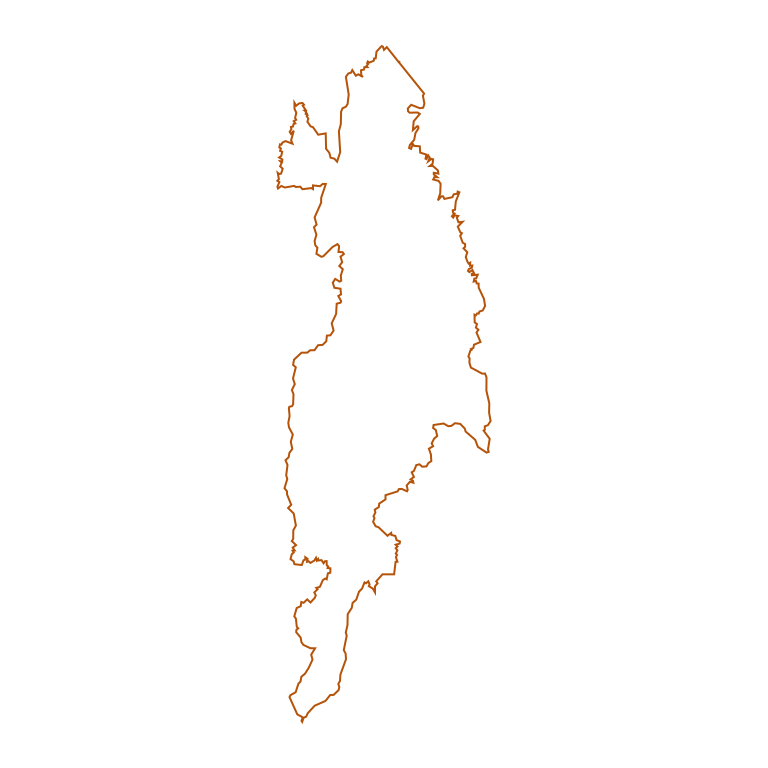 Cúcuta, Norte de Santander, Colombia
{"feature_id": "7082276B39779647098113", "entity_name": "Cúcuta", "entity_type": "district", "adm_level": 2, "iso_a3": "COL", "parent_name": "Colombia", "parent_adm1": "Norte de Santander", "projection": "natural_earth1", "projection_center": [-72.512, 8.076], "detail": "fine", "context": "isolated", "style": "outline", "palette": "amber", "viewbox_px": 768, "rotation_deg": 0, "n_neighbors": 0, "source": "geoboundaries", "source_scale": "gbopen_adm2", "svg_char_len": 6095}
<svg xmlns="http://www.w3.org/2000/svg" viewBox="0 0 768 768"><path d="M424.1,93.6L399.2,62.6L399.4,61.0L398.7,62.1L386.8,47.1L384.0,49.9L382.9,46.6L381.6,46.1L376.5,51.6L375.7,58.4L374.1,58.5L373.8,60.7L369.4,62.6L367.8,61.5L367.1,63.1L368.0,64.2L366.5,66.0L367.4,67.1L364.4,67.1L364.0,69.5L361.0,70.3L361.3,75.3L362.9,77.0L358.3,74.3L355.8,75.7L352.3,70.1L351.0,72.7L348.3,73.5L345.9,76.8L348.7,94.6L347.6,104.0L345.9,106.7L342.5,108.3L341.1,111.7L340.8,124.2L338.9,131.2L340.2,152.1L337.1,161.7L334.4,158.7L330.6,157.7L329.3,152.8L326.1,148.8L325.7,133.4L318.2,134.7L313.0,127.2L310.5,126.3L307.4,121.7L308.3,118.7L306.8,116.3L307.6,115.2L306.8,113.6L306.7,114.6L305.7,114.0L306.0,111.6L304.5,110.5L305.8,110.2L302.7,105.7L304.0,104.8L302.5,103.0L299.2,103.4L296.2,105.7L294.4,102.7L294.5,108.7L296.3,112.8L295.1,118.0L296.2,119.8L293.7,121.2L295.3,123.4L293.6,124.0L293.0,126.5L290.9,127.0L291.4,129.1L289.7,131.9L291.0,133.9L293.8,130.7L291.1,140.3L292.5,143.7L285.5,141.1L282.5,142.5L281.4,144.6L280.0,144.3L279.3,147.4L280.9,148.5L280.1,150.9L282.2,151.7L281.3,155.8L279.1,157.5L282.4,159.5L282.2,161.4L280.2,161.2L281.7,162.9L280.1,166.3L282.7,168.7L281.1,173.6L279.2,174.1L277.7,172.8L278.9,179.1L277.4,180.8L279.4,182.1L277.4,186.6L278.0,188.5L281.3,186.0L284.9,187.5L294.2,185.9L295.8,187.0L300.3,186.7L302.4,189.2L311.3,188.1L313.0,189.1L313.0,185.4L320.0,186.2L322.8,183.9L325.8,184.0L321.2,197.7L321.1,202.8L314.6,217.4L316.6,224.6L314.0,227.2L316.4,234.7L314.6,241.0L315.3,245.3L317.4,247.7L316.4,253.8L321.4,256.8L323.4,256.2L332.4,247.1L337.5,244.1L339.1,246.1L338.5,252.0L342.6,252.2L343.9,254.0L340.5,256.7L342.2,262.2L339.3,266.0L342.8,269.2L340.8,275.6L341.2,280.7L339.6,281.6L335.2,278.9L332.8,282.7L334.4,287.8L340.5,288.7L341.0,294.4L338.3,296.0L341.2,301.3L340.5,302.7L336.7,303.7L336.1,314.0L331.7,323.3L333.6,330.6L330.4,335.3L326.9,335.6L326.3,341.2L322.6,344.9L318.1,345.2L314.5,350.2L310.1,350.3L307.4,352.6L301.5,352.7L294.0,359.7L293.1,364.9L295.8,367.3L293.0,378.5L294.8,384.1L291.9,390.0L293.5,394.2L293.1,404.3L292.1,406.1L289.3,406.8L288.9,408.4L289.6,416.1L288.3,422.8L289.0,427.4L292.8,434.5L290.8,441.8L292.3,449.0L289.5,452.6L288.6,457.3L285.5,460.2L287.5,465.0L286.2,475.4L287.3,478.9L284.5,488.2L287.0,491.3L287.0,494.3L291.2,504.8L288.1,508.0L293.7,513.5L295.9,525.6L293.3,530.3L293.2,539.0L291.8,541.1L296.1,545.1L292.7,547.6L294.7,550.5L292.6,550.7L293.7,552.5L291.8,554.2L290.5,559.1L293.7,561.4L294.4,564.2L301.8,565.0L303.5,560.3L305.3,559.6L305.3,557.2L307.6,558.9L307.0,561.8L308.7,561.3L310.4,562.9L314.4,560.5L316.0,557.8L316.8,560.5L318.1,559.0L318.4,560.5L321.5,560.1L323.6,563.3L324.8,561.3L326.6,561.1L326.8,565.4L328.2,566.4L327.6,568.0L330.4,568.3L330.3,572.7L327.9,573.3L326.7,579.3L325.3,578.5L322.8,580.2L319.9,586.8L316.3,587.9L317.6,589.2L314.3,592.4L315.8,595.4L314.8,597.8L310.5,602.5L307.2,599.4L303.6,602.8L301.3,602.0L300.7,606.2L296.7,608.0L294.3,616.3L295.9,618.6L296.8,626.9L298.2,628.4L296.4,629.8L296.2,632.2L300.6,637.5L301.5,642.3L303.4,644.9L310.3,648.2L315.1,648.3L311.2,654.6L312.5,659.6L308.8,667.7L305.0,673.7L301.4,676.7L300.5,681.6L298.5,683.5L295.6,692.3L290.4,695.2L289.5,697.1L297.3,714.4L302.7,717.3L301.5,720.9L302.2,721.9L303.6,717.8L306.2,716.6L307.8,713.1L314.7,705.7L325.5,700.9L330.2,695.0L333.6,694.9L338.6,690.1L339.3,687.0L338.3,683.9L340.0,680.9L340.4,674.6L346.0,659.2L345.6,653.5L343.8,650.1L346.7,635.7L345.8,632.5L347.5,625.0L347.7,614.2L351.8,607.8L352.6,602.9L356.3,599.6L359.0,591.7L362.1,588.5L364.5,582.4L366.0,583.3L368.3,581.3L369.6,584.5L368.8,586.1L372.8,588.6L375.0,592.4L375.0,586.3L377.6,583.3L376.2,581.4L382.5,574.3L394.1,574.3L395.6,561.8L397.4,561.7L395.9,557.1L397.1,554.9L395.8,553.6L397.4,550.3L395.7,548.2L397.5,546.5L395.7,544.7L399.6,543.6L400.0,541.5L396.6,540.1L395.3,535.9L391.5,535.0L391.2,532.9L387.5,535.8L378.5,527.2L375.7,526.3L373.1,521.8L374.5,518.1L373.5,516.2L375.4,512.5L374.8,509.6L378.8,507.1L379.2,503.6L385.5,499.4L385.5,495.2L397.6,491.4L398.9,489.1L401.7,488.9L407.0,491.3L407.7,490.0L406.7,485.4L409.9,481.8L413.4,482.8L413.0,480.9L410.6,479.4L413.9,477.0L411.7,472.3L414.0,470.8L416.3,465.1L419.5,464.3L422.2,466.7L426.5,466.4L428.3,463.1L431.3,461.1L430.9,454.4L428.9,448.7L433.1,446.2L431.7,443.4L434.1,438.6L437.2,436.0L435.8,430.0L433.1,428.0L433.6,425.0L443.6,423.5L448.3,426.2L451.3,425.9L455.0,423.2L460.3,423.9L464.8,428.6L465.6,431.5L475.2,439.8L477.9,446.9L486.6,452.6L488.7,451.9L488.0,449.4L489.7,438.8L483.6,430.6L484.8,429.8L484.8,426.3L487.9,425.2L490.6,421.0L489.1,412.7L489.3,403.4L486.4,390.6L486.5,377.4L485.0,373.5L482.3,373.7L470.9,367.6L469.4,362.6L469.6,358.3L468.4,356.6L470.4,350.5L471.6,349.8L471.0,349.0L473.4,347.9L474.0,344.7L480.5,342.0L476.5,332.5L478.4,329.8L475.9,327.6L477.0,324.1L474.7,322.4L474.5,314.7L475.8,315.4L477.2,313.4L478.7,313.6L479.5,311.5L482.7,310.5L485.1,305.9L483.9,298.7L478.7,287.7L478.6,283.6L476.7,283.4L475.9,280.9L473.7,281.5L474.4,278.6L476.2,278.3L477.7,274.7L471.9,275.3L471.8,273.9L474.0,273.2L472.4,270.0L469.4,272.1L468.0,270.9L468.9,269.0L471.8,267.6L472.3,265.5L470.0,265.7L470.2,262.7L468.6,263.6L467.3,261.3L465.8,257.1L467.3,252.2L463.5,248.3L465.1,246.9L465.1,244.0L462.7,242.7L460.2,235.8L461.9,233.2L460.3,232.3L457.8,226.6L462.6,221.8L458.5,222.3L456.8,217.8L458.2,216.0L454.5,215.3L453.2,217.6L451.9,216.2L454.5,213.5L453.1,212.8L452.7,210.3L455.0,209.8L455.8,201.4L459.4,192.3L457.7,191.6L457.2,193.8L453.7,194.3L452.4,197.2L444.4,198.9L443.2,196.4L441.4,196.3L437.9,200.4L440.2,193.3L440.6,183.8L438.6,180.9L433.2,179.5L434.3,177.2L437.2,177.2L433.8,174.4L433.8,172.8L438.4,173.6L437.9,170.4L432.8,165.9L429.8,166.0L432.6,163.8L433.1,159.3L431.6,158.9L428.3,161.3L429.8,157.8L428.3,155.5L426.5,159.1L425.5,158.7L426.4,154.6L420.2,152.6L419.8,146.3L414.2,145.9L412.8,143.9L411.1,148.9L409.1,148.0L409.9,144.9L414.2,139.8L415.5,132.9L418.4,128.5L418.3,126.5L417.2,126.2L412.9,130.1L413.7,121.3L419.8,113.9L417.6,112.5L409.6,112.7L408.1,111.3L407.8,108.5L411.2,104.8L419.8,108.2L423.2,107.7L424.4,103.7L422.9,95.7L424.1,93.6Z" fill="none" stroke="#b45309" stroke-width="2"/></svg>